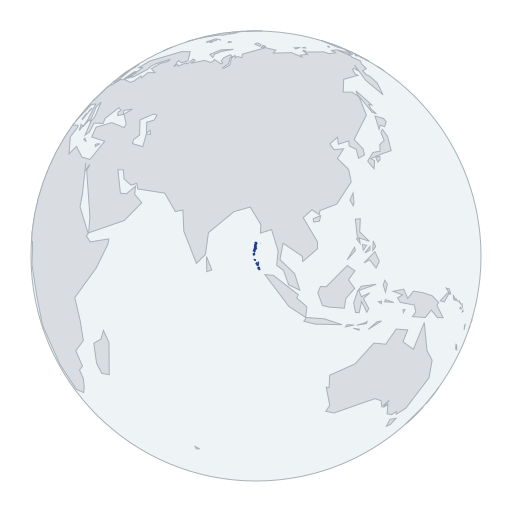 globe centered on Andaman and Nicobar
{"feature_id": "IND-2474", "entity_name": "Andaman and Nicobar", "entity_type": "Union Territory", "adm_level": 1, "iso_a3": "IND", "parent_name": "India", "parent_adm1": "", "projection": "orthographic", "projection_center": [93.022, 10.213], "detail": "fine", "context": "on_globe", "style": "filled", "palette": "blue", "viewbox_px": 512, "rotation_deg": 0, "n_neighbors": 0, "source": "natural_earth", "source_scale": "10m", "svg_char_len": 11947}
<svg xmlns="http://www.w3.org/2000/svg" viewBox="0 0 512 512"><circle cx="256" cy="256" r="225" fill="#eef3f6" stroke="#a8b0b8"/><path d="M471.9,320.3L472.2,319.4L472.0,319.8L471.9,320.3ZM380.3,68.1L384.2,70.8L377.4,66.2L380.3,68.1ZM367.4,60.2L369.1,61.2L365.1,59.0L364.6,59.1L359.5,56.5L351.6,52.2L348.1,50.7L351.0,52.4L347.7,51.4L344.0,49.0L337.8,47.3L323.5,41.5L320.9,40.3L336.9,45.7L352.4,52.4L367.4,60.2ZM365.5,59.5L367.5,60.7L366.4,60.3L365.5,59.5ZM357.5,56.1L355.1,55.5L356.2,55.3L357.5,56.1ZM352.8,54.6L347.2,53.8L351.1,56.0L336.8,49.8L346.3,52.2L347.0,51.5L349.4,53.1L352.8,54.6ZM329.7,46.9L327.2,46.3L328.3,46.2L329.7,46.9ZM269.3,31.1L269.2,31.1L269.3,31.1ZM261.7,30.8L262.5,30.8L259.2,30.8L256.1,30.7L261.7,30.8ZM74.2,123.0L72.6,125.3L78.1,125.1L77.6,127.4L70.3,136.9L69.0,153.8L76.5,146.4L82.0,157.2L90.0,159.4L104.7,141.2L91.7,137.0L96.1,127.2L111.8,122.6L124.1,127.6L126.2,124.1L124.0,114.1L132.5,109.1L123.9,110.4L123.1,114.4L117.7,115.6L118.1,112.1L121.0,110.3L118.9,107.7L105.2,118.3L103.0,123.5L94.0,123.0L89.5,131.9L85.1,135.1L91.0,121.3L94.8,116.9L101.2,102.1L96.4,106.5L90.1,121.1L89.5,119.5L83.0,126.7L87.6,119.9L95.8,103.9L91.4,104.6L76.0,120.7L75.7,121.0L94.8,98.7L94.5,99.7L100.0,94.4L108.6,86.0L107.6,87.4L111.1,84.5L111.6,85.1L120.8,79.4L122.6,79.8L134.2,71.9L136.8,71.3L129.2,76.0L124.9,79.8L130.4,82.3L133.9,81.1L141.0,76.0L141.6,77.8L147.8,72.7L154.9,72.7L151.4,68.7L159.6,63.8L168.3,61.3L170.4,59.2L156.3,63.6L151.2,66.1L147.9,69.2L133.5,76.9L129.9,77.5L142.5,67.6L138.7,67.7L150.2,60.9L181.3,51.7L190.2,51.6L188.0,60.7L181.3,62.9L178.7,60.4L173.7,66.8L177.6,64.3L178.2,66.1L186.2,62.8L187.0,64.0L193.3,59.1L195.2,60.2L191.1,63.3L204.5,60.4L210.5,62.4L213.2,61.3L214.3,59.5L221.1,63.9L222.8,62.9L221.2,61.0L223.5,58.0L230.2,54.7L232.2,56.3L230.1,57.7L228.5,63.7L222.5,67.9L224.0,68.3L229.7,65.2L231.6,57.8L235.1,55.4L235.1,58.5L235.4,57.2L237.7,56.6L241.9,57.7L242.3,54.2L265.4,47.7L275.8,50.1L273.3,53.1L291.6,52.7L301.9,57.0L300.4,55.0L308.2,54.4L305.1,53.0L304.9,52.1L323.4,51.9L329.3,53.7L335.6,52.8L334.9,52.0L330.9,50.5L336.8,49.8L351.1,56.0L352.1,57.4L360.5,60.9L361.5,64.0L366.3,68.6L362.6,70.9L366.7,75.0L369.5,76.0L377.1,82.9L383.1,94.8L365.9,80.5L354.5,65.1L358.1,70.6L353.5,68.3L352.6,69.7L355.4,74.2L358.0,75.3L343.7,79.3L343.2,92.1L352.2,92.2L359.1,97.0L366.4,115.1L354.1,139.5L363.2,149.0L364.5,155.0L358.5,158.3L356.3,149.4L349.1,145.9L348.8,140.9L338.4,144.2L337.5,137.2L329.8,143.9L334.1,149.7L343.6,148.8L337.4,158.5L348.6,169.3L351.2,182.0L336.7,204.1L320.0,210.5L319.2,214.7L311.9,209.7L303.2,217.7L317.5,241.8L317.5,248.7L302.8,261.5L302.3,256.3L283.0,243.2L280.0,259.6L294.7,273.8L299.8,290.2L288.7,284.8L283.5,270.4L276.7,265.3L278.1,251.0L271.6,229.6L260.4,233.1L260.9,224.6L250.2,207.0L233.9,211.7L208.4,232.7L205.5,254.4L196.4,263.4L183.8,231.1L182.9,210.1L175.3,211.5L164.7,193.1L137.8,189.0L136.7,183.4L131.0,185.2L124.0,178.8L123.4,169.9L117.9,169.7L120.4,193.2L126.6,193.7L135.5,186.1L134.7,194.4L141.8,202.7L124.3,220.5L88.7,232.8L89.9,216.4L86.7,170.2L89.4,165.7L89.5,165.2L89.8,164.2L84.8,171.3L85.8,162.7L82.5,193.6L80.0,206.7L88.2,233.7L86.3,235.9L90.3,241.9L108.8,238.9L107.9,244.2L96.4,267.7L74.8,297.6L80.3,321.3L83.3,340.6L75.8,350.8L82.5,366.2L79.5,370.0L83.3,378.4L84.2,386.2L83.7,392.6L76.2,389.2L71.0,381.3L60.0,364.5L42.6,325.3L39.4,309.4L36.8,296.0L31.9,264.3L32.6,248.8L32.5,241.4L31.6,241.5L32.1,232.7L32.1,231.6L34.5,214.9L38.2,198.5L43.1,182.4L49.2,166.7L56.4,151.5L64.8,136.9L74.2,123.0ZM132.4,143.6L142.8,146.6L146.3,134.0L150.6,134.4L150.2,130.2L146.5,133.1L146.7,122.2L154.1,120.1L157.0,115.2L153.6,114.0L140.0,119.9L139.6,135.2L133.7,139.4L132.4,143.6ZM129.4,69.9L126.9,71.9L122.6,74.8L120.3,76.2L126.5,71.7L129.4,69.9ZM124.3,74.2L137.4,65.1L139.4,64.5L136.1,66.3L136.0,66.8L130.7,69.9L119.6,79.0L115.2,82.3L113.4,81.8L116.4,79.9L118.7,77.8L124.3,74.2ZM172.2,46.9L170.2,47.9L165.2,50.0L162.8,50.9L172.2,46.9ZM241.7,31.2L241.0,31.2L243.4,31.1L242.0,31.5L233.9,32.4L237.3,32.2L236.4,32.9L229.9,34.0L230.9,33.2L223.1,35.3L220.6,34.9L219.9,35.1L215.5,35.5L208.8,36.7L208.7,36.4L206.1,37.1L203.1,37.6L199.6,38.4L198.1,38.5L193.7,39.7L195.5,39.1L188.3,41.3L193.0,39.7L189.6,40.7L186.8,41.7L204.8,36.6L223.1,33.1L241.7,31.2ZM255.3,30.7L256.0,30.7L252.7,30.8L258.6,30.9L249.5,31.3L243.7,31.5L248.3,30.9L255.3,30.7ZM81.2,124.3L81.7,125.2L83.2,125.6L79.2,130.5L81.2,124.3ZM86.5,113.4L87.5,113.2L82.5,119.5L82.1,118.9L86.5,113.4ZM92.3,108.0L88.0,112.7L90.0,109.8L92.3,108.0ZM130.5,75.8L132.1,75.6L130.6,76.8L127.8,78.5L130.5,75.8ZM206.1,42.4L207.6,41.3L209.1,41.1L215.9,38.8L218.2,39.3L215.1,40.8L206.1,42.4ZM100.0,143.7L95.3,146.6L95.2,144.5L96.8,143.9L100.0,143.7ZM84.9,138.1L86.3,141.7L83.7,139.4L84.9,138.1ZM209.8,42.5L212.3,41.4L212.0,42.4L209.8,42.5ZM220.3,39.6L220.6,40.5L219.3,39.1L220.3,39.6ZM195.2,446.5L199.7,448.9L196.2,448.8L195.2,446.5ZM109.0,342.6L109.2,374.7L101.9,373.4L96.6,363.2L93.8,343.3L101.0,339.0L103.4,330.4L109.0,342.6ZM353.2,328.2L359.3,329.2L359.0,330.2L353.2,328.2ZM346.9,324.7L354.0,325.0L345.5,326.9L346.9,324.7ZM356.7,325.2L364.0,323.2L367.1,321.5L366.5,323.6L356.7,325.2ZM342.0,324.7L314.7,324.1L303.8,321.2L306.5,317.5L324.2,318.8L342.0,324.7ZM305.6,317.4L288.8,306.3L264.9,274.6L273.5,275.4L298.3,294.8L296.7,298.0L306.9,306.7L305.6,317.4ZM345.9,298.4L344.3,308.2L329.4,307.1L322.5,305.5L317.8,292.8L320.5,286.5L326.1,286.8L347.3,265.5L354.9,270.8L348.5,279.8L354.7,288.4L345.9,298.4ZM206.5,256.5L211.8,269.9L206.8,271.7L206.5,256.5ZM355.4,250.5L347.2,259.8L354.5,247.3L355.4,250.5ZM359.4,238.8L360.2,243.5L356.5,238.9L359.4,238.8ZM319.5,221.1L313.6,222.1L313.2,218.8L320.6,215.6L319.5,221.1ZM353.1,193.0L354.0,202.6L353.2,205.8L350.0,200.0L353.1,193.0ZM233.5,49.3L221.5,51.4L214.4,54.3L212.8,57.5L209.8,54.4L220.8,49.9L233.5,49.3ZM261.3,47.5L262.6,45.4L265.4,46.2L265.5,46.8L261.3,47.5ZM259.6,46.3L254.8,44.1L257.7,42.9L261.0,44.8L259.6,46.3ZM231.9,42.0L228.2,42.5L228.6,41.6L231.9,42.0ZM415.9,414.7L409.1,421.2L405.6,423.9L423.1,407.0L422.3,408.0L415.9,414.7ZM386.4,426.2L390.1,419.3L396.0,418.3L390.3,424.5L386.4,426.2ZM426.1,403.8L427.6,402.0L433.1,395.2L438.9,387.1L434.1,393.9L426.1,403.8ZM375.1,398.6L333.9,413.0L325.8,411.2L329.8,405.3L326.2,387.2L329.1,387.6L329.6,375.3L355.0,363.9L373.9,343.1L385.8,344.2L396.1,329.1L407.7,329.9L403.0,341.8L413.4,349.3L424.3,322.5L427.0,350.6L432.1,360.2L429.0,377.8L406.0,408.0L396.3,414.2L396.1,411.6L391.6,414.7L387.1,413.8L387.9,404.4L383.3,407.5L389.3,400.2L381.9,406.8L381.1,400.8L375.1,398.6ZM456.0,344.4L456.7,345.1L456.7,349.8L455.6,349.1L456.0,344.4ZM470.1,325.8L469.4,328.0L469.0,328.8L470.1,325.8ZM471.6,321.2L471.2,322.4L472.2,319.4L471.9,320.3L471.6,321.2ZM464.5,327.2L464.5,328.9L464.0,329.6L464.5,327.2ZM464.3,326.6L465.3,323.7L464.7,326.6L464.3,326.6ZM462.1,311.9L462.9,310.4L463.1,311.5L462.1,311.9ZM368.3,329.3L377.1,321.7L381.6,321.0L368.3,329.3ZM461.5,308.9L459.9,308.8L460.2,307.2L461.5,308.9ZM462.0,305.3L462.0,303.2L462.6,308.1L462.0,305.3ZM459.1,300.8L460.9,304.4L458.8,301.3L459.1,300.8ZM457.7,301.4L456.2,299.8L456.3,299.2L457.7,301.4ZM436.9,305.3L443.1,317.7L437.4,317.6L431.3,310.0L425.3,317.5L412.5,316.6L415.8,311.9L414.3,305.0L400.3,302.4L397.5,297.9L402.7,294.8L393.1,291.3L403.7,289.2L407.7,298.5L413.6,291.1L423.2,292.8L432.1,295.7L438.7,302.5L436.9,305.3ZM403.2,309.7L405.0,309.6L403.3,312.5L403.2,309.7ZM453.2,294.8L455.4,299.3L455.1,300.4L453.9,299.8L453.2,294.8ZM440.3,300.8L447.6,292.9L449.2,293.0L444.3,301.9L440.3,300.8ZM446.1,288.0L449.2,288.9L450.7,293.2L450.0,294.4L446.1,288.0ZM381.7,301.2L381.2,303.8L378.4,301.7L381.7,301.2ZM385.4,299.6L393.8,302.4L384.6,301.8L385.4,299.6ZM358.8,290.6L361.4,296.7L369.7,292.9L363.4,298.5L368.8,308.5L366.8,312.3L361.5,301.4L359.2,312.7L355.5,312.4L353.7,302.8L357.6,291.1L361.3,286.2L376.1,284.3L358.8,290.6ZM385.5,292.2L383.2,285.0L384.8,280.3L387.3,284.1L385.5,292.2ZM376.1,268.0L369.6,259.8L364.0,262.9L374.9,251.7L379.4,261.3L376.1,268.0ZM370.0,250.1L364.9,252.9L370.0,246.4L370.0,250.1ZM363.3,250.2L362.4,244.5L366.7,245.3L363.3,250.2ZM372.8,250.4L373.2,240.9L375.7,246.5L372.8,250.4ZM359.7,232.0L369.4,241.3L357.4,237.3L355.3,219.2L360.3,218.8L359.7,232.0ZM377.8,162.0L375.7,157.2L379.8,156.3L380.1,159.8L377.8,162.0ZM391.2,150.6L380.2,154.5L371.0,158.5L374.6,160.8L374.0,168.8L367.7,161.2L373.0,152.5L380.2,151.1L379.8,144.6L384.2,140.5L380.9,132.6L382.3,129.4L387.5,136.3L391.2,150.6ZM379.1,129.3L375.0,116.1L383.4,118.4L386.2,121.8L384.6,126.7L380.2,125.1L379.1,129.3ZM376.4,113.8L372.2,112.3L357.1,94.0L356.0,90.9L371.9,105.0L368.8,104.6L371.0,109.0L376.4,113.8ZM328.8,47.2L327.3,46.4L329.9,47.3L328.8,47.2ZM303.0,51.4L303.3,50.3L306.3,51.1L303.0,51.4ZM305.6,48.0L302.1,47.8L305.0,47.3L305.6,48.0ZM294.3,47.8L300.3,47.4L295.8,48.9L294.3,47.8Z" fill="#d9dde1" stroke="#a8b0b8" stroke-width="1"/><path d="M256.1,243.9L256.2,244.0L256.1,244.3L256.1,244.5L256.1,244.8L255.9,244.9L255.8,244.7L255.7,244.7L255.7,244.8L255.7,245.0L255.4,245.4L255.5,245.4L255.7,245.5L255.8,245.6L255.8,245.8L255.7,245.9L255.9,246.0L255.8,246.5L255.9,246.9L255.7,247.1L255.8,247.1L255.7,247.3L255.6,247.2L255.5,247.3L255.3,247.3L255.4,247.5L255.5,247.5L255.5,247.8L255.5,248.0L255.4,248.2L255.4,248.3L255.3,248.5L255.2,248.6L255.1,248.8L254.9,249.0L254.9,249.5L255.0,249.2L255.1,249.3L255.1,249.5L255.0,250.1L254.8,250.2L254.7,250.3L254.7,250.5L254.8,250.5L254.8,250.3L254.9,250.2L255.0,250.3L255.0,250.5L254.9,250.6L254.9,250.8L254.8,251.0L254.8,250.9L254.7,250.9L254.6,250.6L254.5,250.4L254.4,250.1L254.2,250.1L254.2,249.8L254.2,249.7L254.1,249.4L254.2,249.2L254.3,249.2L254.4,249.4L254.4,249.5L254.5,249.2L254.5,248.8L254.5,248.4L254.7,248.1L254.8,248.2L254.8,248.3L255.0,248.3L255.1,248.2L255.0,247.9L254.9,247.7L254.8,246.6L255.0,246.4L254.9,246.3L254.9,246.0L254.9,245.8L255.0,245.7L255.2,245.4L255.2,245.2L255.3,245.0L255.2,245.0L255.2,244.9L255.3,244.6L255.3,244.4L255.3,244.2L255.3,243.9L255.3,243.7L255.5,243.5L255.5,243.3L255.5,243.2L255.7,242.9L255.9,242.9L256.0,242.9L255.9,242.8L256.0,242.8L256.1,243.1L256.1,243.4L256.2,243.5L255.9,243.7L255.8,243.8L256.0,243.8L256.1,243.9ZM259.4,268.3L259.5,268.6L259.5,268.8L259.4,269.1L259.4,269.3L259.2,269.5L259.1,269.4L259.0,269.2L258.9,269.1L259.0,269.1L258.9,269.0L258.9,268.9L258.7,268.7L258.4,268.6L258.4,268.2L258.6,267.9L258.8,267.8L259.0,267.7L259.3,267.8L259.3,268.1L259.4,268.3ZM254.3,253.7L254.3,253.9L254.4,254.0L254.1,254.4L254.1,254.5L254.3,254.6L254.2,254.7L254.1,254.8L253.9,254.8L253.8,254.7L253.7,254.7L253.6,254.8L253.5,254.7L253.7,254.4L253.5,254.2L253.5,253.8L253.6,253.7L253.9,253.4L254.1,253.3L254.2,253.5L254.3,253.7ZM257.6,264.9L257.7,265.0L257.3,265.2L257.2,265.1L257.3,265.0L257.2,265.0L257.1,264.9L257.1,264.7L257.3,264.7L257.5,264.8L257.6,264.9ZM255.2,259.9L255.3,260.0L255.1,260.3L254.9,260.3L254.8,260.2L254.8,259.9L255.0,259.8L254.9,259.7L255.0,259.7L255.2,259.9ZM258.8,267.2L258.8,267.3L258.6,267.5L258.4,267.6L258.2,267.4L258.3,267.3L258.3,267.2L258.5,267.1L258.6,266.9L258.6,267.1L258.8,267.2ZM258.0,264.6L257.9,264.6L257.9,264.4L257.7,264.4L257.7,264.1L257.8,263.8L258.0,263.8L257.9,264.0L258.0,264.5L258.0,264.6ZM254.7,251.3L254.8,251.4L254.7,251.5L254.4,251.5L254.3,251.4L254.5,251.3L254.5,251.2L254.5,250.9L254.7,251.0L254.7,251.3ZM254.9,245.1L254.9,245.3L254.9,245.5L254.7,245.8L254.7,245.6L254.7,245.3L254.7,245.2L254.8,245.1L254.9,245.1ZM256.0,248.9L256.2,249.4L256.0,249.2L255.9,249.2L255.7,249.0L255.8,248.9L256.0,248.8L256.0,248.9ZM256.4,263.8L256.6,263.8L256.3,263.8L256.2,263.7L256.2,263.4L256.3,263.3L256.3,263.6L256.4,263.8ZM256.3,248.2L256.3,248.4L256.3,248.6L256.2,248.6L256.1,248.4L256.2,248.2L256.3,248.2L256.3,248.2ZM258.1,264.6L258.2,264.8L258.1,265.0L257.9,264.8L257.9,264.7L258.0,264.7L258.1,264.6ZM253.1,250.6L253.2,250.8L253.0,250.6L252.9,250.6L253.1,250.6ZM258.3,262.5L258.4,262.8L258.3,263.0L258.3,262.7L258.2,262.6L258.3,262.5L258.3,262.5ZM256.0,242.4L256.1,242.5L255.9,242.5L255.9,242.4L256.0,242.4L256.0,242.4ZM260.8,243.3L260.7,243.4L260.8,243.3Z" fill="#3b82f6" stroke="#1e3a8a" stroke-width="1.5"/></svg>